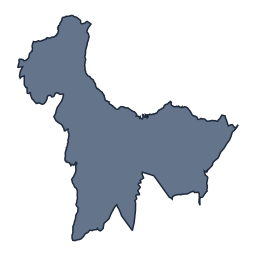 Chiquinquirá, Boyacá, Colombia
{"feature_id": "7082276B335573977446", "entity_name": "Chiquinquirá", "entity_type": "district", "adm_level": 2, "iso_a3": "COL", "parent_name": "Colombia", "parent_adm1": "Boyacá", "projection": "equal_earth", "projection_center": [-73.82, 5.627], "detail": "fine", "context": "isolated", "style": "filled", "palette": "slate", "viewbox_px": 256, "rotation_deg": 0, "n_neighbors": 0, "source": "geoboundaries", "source_scale": "gbopen_adm2", "svg_char_len": 5704}
<svg xmlns="http://www.w3.org/2000/svg" viewBox="0 0 256 256"><path d="M33.4,41.5L32.1,45.6L32.2,47.5L32.5,47.7L32.1,51.2L31.4,51.2L31.2,52.0L29.5,53.6L28.8,57.3L28.1,58.4L26.0,60.2L25.0,60.6L24.1,60.7L22.8,59.6L21.6,59.3L19.6,59.2L19.0,59.7L19.1,62.7L18.2,65.4L17.9,67.3L18.7,67.4L20.2,66.8L21.5,67.1L22.6,66.8L20.4,71.0L19.6,74.9L19.6,76.9L20.2,78.2L21.4,76.8L24.2,75.9L24.3,84.8L25.8,87.5L26.9,87.5L27.2,92.9L27.7,93.4L28.8,93.4L30.4,92.8L30.5,94.9L31.1,96.1L31.8,98.4L36.3,103.5L39.1,102.9L42.2,104.3L44.3,103.6L45.1,102.3L45.7,101.8L47.0,98.9L47.4,96.7L48.3,95.6L50.5,95.2L51.6,96.9L53.0,96.8L53.9,96.2L55.3,93.5L56.6,92.7L57.7,93.1L58.1,92.9L59.4,94.2L63.2,94.1L63.5,94.4L62.8,98.0L62.4,99.1L61.2,101.8L57.3,107.5L56.3,110.3L55.6,113.5L53.9,116.8L56.0,120.7L58.3,122.6L61.1,124.2L62.0,125.2L63.8,128.3L64.4,130.9L65.5,130.7L66.9,129.4L67.9,129.0L68.2,132.0L68.9,133.5L68.9,135.8L68.3,139.0L67.9,140.2L68.2,142.5L67.5,143.5L67.6,144.5L67.1,146.1L67.0,147.2L66.3,147.7L66.5,149.1L66.1,149.6L66.2,150.2L65.7,150.9L65.3,152.6L65.3,155.0L65.5,156.3L65.0,157.4L65.2,158.2L64.9,159.2L65.1,160.5L65.7,161.0L66.0,161.6L66.4,161.5L66.4,162.0L69.5,162.9L70.9,165.7L71.9,164.4L72.6,164.5L73.3,165.2L74.1,164.6L74.5,164.7L75.6,162.3L76.2,162.4L76.2,162.8L76.6,162.9L76.9,163.6L76.0,164.9L75.8,165.8L75.7,167.3L76.0,170.0L75.5,172.3L73.6,176.7L72.9,177.4L71.7,179.4L72.5,182.8L73.8,184.9L74.7,187.1L76.3,188.3L77.4,191.0L77.2,194.9L77.5,198.6L77.0,200.1L76.7,202.5L76.0,204.3L76.4,205.7L77.8,207.3L78.1,208.3L77.8,210.4L77.8,211.8L75.9,215.0L75.3,219.7L74.5,221.4L74.0,224.1L72.9,226.5L72.9,232.2L72.6,233.8L72.1,234.9L72.0,237.9L72.7,240.3L72.9,240.4L75.2,240.6L76.8,239.9L79.0,239.6L81.2,238.8L83.4,236.6L84.9,234.2L86.3,233.0L86.8,233.1L88.1,232.3L89.7,230.2L92.4,230.6L93.7,229.8L96.3,229.7L97.5,228.4L98.0,229.6L99.6,230.7L100.6,230.8L101.3,230.3L103.1,228.5L104.0,223.4L108.8,219.0L111.1,213.7L112.5,210.9L113.0,210.4L113.2,209.6L115.0,206.6L116.8,204.8L117.6,207.1L118.6,208.5L120.2,212.1L121.6,215.8L131.2,229.0L132.1,230.2L132.4,230.2L134.2,222.3L135.5,210.1L135.6,202.7L134.9,200.6L136.6,198.9L136.7,198.5L135.9,196.4L136.0,195.4L136.8,194.9L139.4,194.7L139.5,194.5L139.3,193.6L137.7,190.7L140.0,187.7L140.2,186.9L138.2,184.6L138.8,183.4L141.0,182.7L141.0,182.1L140.2,181.2L140.1,180.4L143.6,178.0L143.3,176.8L142.2,174.7L142.3,172.2L153.6,175.6L155.6,178.0L169.5,197.5L171.0,197.9L172.2,199.1L172.5,196.7L174.8,195.3L178.5,194.5L180.8,194.6L181.0,194.8L182.3,194.2L187.4,193.9L190.8,192.1L193.4,191.2L194.5,192.5L198.5,192.3L199.2,193.8L199.3,198.0L199.0,200.4L199.0,202.7L200.0,205.2L199.8,200.0L200.2,197.7L200.7,197.3L202.5,197.1L206.3,191.7L207.1,191.2L206.9,189.4L207.3,187.4L207.0,186.2L207.4,185.6L206.8,184.4L206.7,183.3L207.4,180.2L207.4,178.9L207.7,178.5L207.7,177.4L207.4,176.8L205.2,174.9L204.3,170.9L206.1,172.1L206.6,170.9L207.3,171.4L207.8,169.6L208.4,169.5L212.4,165.2L212.7,163.2L213.1,162.5L214.7,160.7L218.2,157.9L220.6,152.3L224.0,148.3L227.3,142.9L229.5,140.0L230.9,136.8L232.3,132.1L234.3,130.4L236.7,127.5L238.1,124.7L236.2,127.2L235.2,127.8L234.5,127.4L232.2,124.6L230.7,124.8L228.7,125.8L228.2,125.7L226.5,120.3L225.6,118.3L225.1,115.9L221.9,115.1L219.5,119.0L218.4,119.8L217.8,121.1L217.3,121.4L215.4,120.6L214.1,120.8L212.5,120.4L209.0,121.1L206.8,121.1L204.8,119.1L202.7,118.8L202.0,119.0L201.0,118.4L199.5,119.3L198.1,119.4L197.5,119.0L197.4,118.4L196.9,117.1L194.7,115.9L193.8,116.1L192.2,114.9L190.4,111.5L187.5,107.9L186.2,107.0L185.6,107.1L184.4,106.6L183.1,107.5L182.5,107.0L182.2,107.2L182.1,106.8L181.5,107.5L180.9,107.1L179.9,107.3L178.6,106.1L177.8,106.9L176.9,106.2L175.1,106.7L173.9,106.7L171.5,105.2L171.1,103.7L171.4,102.5L170.6,101.4L170.1,101.5L169.5,102.5L168.7,102.6L167.6,104.0L166.1,104.3L164.4,105.4L163.5,107.7L163.1,108.0L162.1,108.2L161.5,108.9L158.7,110.3L156.7,113.1L155.8,113.2L154.4,114.1L153.5,113.8L151.5,114.7L150.1,114.2L149.4,114.3L149.1,114.9L147.3,114.8L147.3,115.1L148.0,116.5L147.8,117.4L147.1,118.0L146.4,117.5L146.4,117.1L147.1,116.0L146.4,115.1L145.4,114.6L145.8,116.1L144.8,117.1L143.3,114.8L142.8,114.5L142.5,115.1L143.0,115.7L143.0,117.2L142.6,118.7L142.2,119.0L140.7,118.2L140.3,116.6L140.0,116.9L140.0,118.0L139.7,118.3L138.7,116.3L136.2,116.1L136.8,115.2L136.8,114.8L135.4,112.7L134.2,111.7L133.1,111.5L131.4,110.5L127.9,107.9L124.8,107.7L123.8,106.9L121.5,106.6L120.4,106.9L119.2,107.8L118.8,108.6L117.9,109.2L116.4,109.2L115.5,108.8L114.7,107.5L113.0,106.6L112.7,105.7L112.0,105.6L111.4,104.9L109.5,104.0L109.0,102.8L109.3,102.0L107.1,101.2L107.0,100.9L106.4,101.0L105.1,99.8L104.7,99.2L104.9,98.3L104.4,97.3L104.3,95.8L103.7,95.1L103.6,94.3L102.6,93.2L102.2,92.2L100.8,91.4L98.6,89.3L98.1,89.1L97.8,88.5L97.1,88.7L96.8,88.4L95.8,86.4L95.2,83.5L94.3,82.4L93.2,79.8L91.0,78.4L89.9,76.6L87.8,75.8L86.7,74.1L85.9,73.3L85.6,71.4L85.1,70.1L85.0,67.6L84.7,65.9L84.8,63.7L85.1,63.0L85.0,61.6L85.4,60.9L85.7,59.3L84.9,57.2L84.9,56.0L85.3,55.3L85.4,53.1L85.7,52.4L85.4,51.6L85.8,49.7L87.2,44.3L87.3,42.6L87.9,41.5L89.1,36.6L88.2,33.4L86.9,32.2L86.9,31.7L87.4,29.5L88.5,27.4L91.0,24.1L87.3,21.4L86.2,21.8L85.3,22.9L82.3,23.8L81.5,23.8L80.6,23.1L80.7,21.0L80.3,20.2L76.5,17.2L73.9,16.6L73.1,15.7L71.7,15.4L67.8,16.4L66.0,16.3L64.9,17.1L62.6,17.5L62.1,18.4L61.8,20.2L60.0,23.3L59.9,24.5L59.2,25.4L58.6,25.6L58.3,26.9L57.8,27.3L58.1,27.7L57.9,28.5L58.2,28.7L57.9,29.4L58.3,30.1L58.5,31.2L58.1,31.8L57.9,33.4L57.1,33.8L57.0,34.6L56.4,34.9L56.3,35.6L55.6,35.7L54.4,36.9L51.9,37.1L49.8,38.3L47.7,37.7L47.3,38.0L46.8,37.9L46.6,38.1L46.7,38.7L46.3,39.0L45.4,39.0L44.7,39.7L43.2,40.1L42.9,40.4L41.5,40.6L40.7,41.2L39.7,41.3L38.5,40.7L37.9,40.9L37.4,41.5L36.5,41.5L35.4,41.9L33.4,41.5Z" fill="#64748b" stroke="#1e293b" stroke-width="1.5"/></svg>